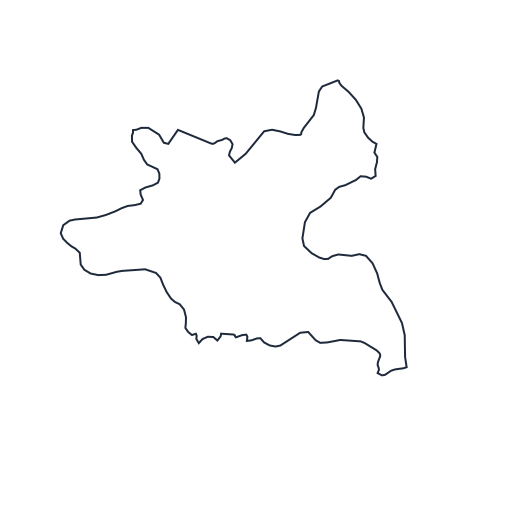 SVG path tracing the border of Banwa, rotated 62°
{"feature_id": "BFA-2801", "entity_name": "Banwa", "entity_type": "Province", "adm_level": 1, "iso_a3": "BFA", "parent_name": "Burkina Faso", "parent_adm1": "", "projection": "orthographic", "projection_center": [-4.172, 12.228], "detail": "fine", "context": "isolated", "style": "outline", "palette": "slate", "viewbox_px": 512, "rotation_deg": 62, "n_neighbors": 0, "source": "natural_earth", "source_scale": "10m", "svg_char_len": 2396}
<svg xmlns="http://www.w3.org/2000/svg" viewBox="0 0 512 512"><g transform="rotate(62 256 256)"><path d="M197.6,102.3L204.1,101.5L209.8,99.5L213.6,97.0L220.3,102.9L225.5,102.4L230.0,105.2L235.2,110.0L241.5,112.8L241.8,118.1L237.7,121.5L234.7,126.2L235.8,132.0L235.4,143.9L234.0,150.0L234.7,155.0L239.7,162.6L242.6,175.9L243.3,188.0L249.1,196.9L262.3,206.8L269.7,208.9L279.6,205.6L287.0,200.9L290.9,197.0L292.4,193.6L292.1,191.0L292.0,188.5L293.3,182.6L300.8,171.4L302.9,163.9L307.5,158.8L317.1,156.5L328.3,157.2L337.8,159.4L345.2,160.3L360.3,157.8L383.8,158.6L395.8,161.9L415.2,171.8L424.9,175.2L424.3,178.7L421.5,186.2L420.7,190.6L421.5,197.8L420.6,200.7L416.5,203.6L414.1,200.8L411.7,200.1L409.3,199.8L406.9,198.1L402.7,193.3L401.4,192.7L399.5,192.6L395.8,193.9L383.9,200.9L380.5,203.7L369.7,221.0L365.8,233.6L362.8,240.1L358.3,242.9L347.6,245.6L344.5,253.0L346.5,276.6L345.1,281.3L341.4,285.9L336.2,289.4L330.6,290.8L329.2,293.9L328.3,299.8L326.7,303.9L323.2,301.5L320.9,301.5L319.4,305.1L318.4,311.9L317.3,312.2L316.0,311.9L314.8,312.7L308.2,323.3L310.0,324.6L310.8,325.9L312.5,329.8L307.5,331.7L304.7,336.4L304.2,342.2L306.1,347.4L301.2,347.6L298.5,345.8L296.4,345.6L295.7,349.7L291.1,351.6L286.3,352.1L282.4,349.5L277.3,346.6L269.5,344.7L262.8,346.0L258.6,349.1L253.8,351.0L246.1,351.8L237.9,351.5L230.3,350.6L224.1,352.2L215.7,360.1L206.3,381.2L204.6,386.3L202.2,397.2L198.9,404.1L193.9,410.2L187.6,414.0L181.3,414.8L170.4,410.1L164.7,412.0L160.7,414.5L155.6,416.6L150.1,418.2L144.2,417.7L138.3,411.7L137.3,404.0L138.8,398.7L147.3,378.5L149.3,369.3L150.5,359.3L150.7,352.1L151.6,345.7L154.1,339.3L155.7,333.3L153.5,329.5L147.6,329.0L143.6,327.4L143.6,321.5L145.2,313.9L145.2,308.1L142.3,304.9L137.9,302.7L133.2,302.2L124.1,309.1L118.4,309.8L111.9,309.3L104.5,310.9L96.9,311.8L91.4,309.0L89.5,306.8L87.1,305.5L88.4,302.2L89.0,297.1L92.3,290.9L103.4,284.6L112.8,284.2L115.8,280.8L108.0,265.7L135.4,243.0L136.6,241.7L137.0,239.8L136.5,236.2L137.6,231.3L137.5,228.7L138.3,226.5L141.7,224.4L146.3,224.2L149.3,226.7L151.7,230.1L154.5,232.6L163.7,230.8L160.9,217.1L149.7,190.2L152.1,182.5L157.4,176.1L163.3,170.3L167.7,164.4L169.8,160.1L169.6,158.9L168.0,157.8L165.3,153.6L158.7,138.8L153.6,133.7L140.2,123.2L137.4,117.9L139.3,101.5L140.4,100.6L142.5,101.1L145.8,100.6L154.8,97.1L165.1,94.5L175.4,93.8L184.5,95.7L193.3,101.1L197.6,102.3Z" fill="none" stroke="#1e293b" stroke-width="2"/></g></svg>